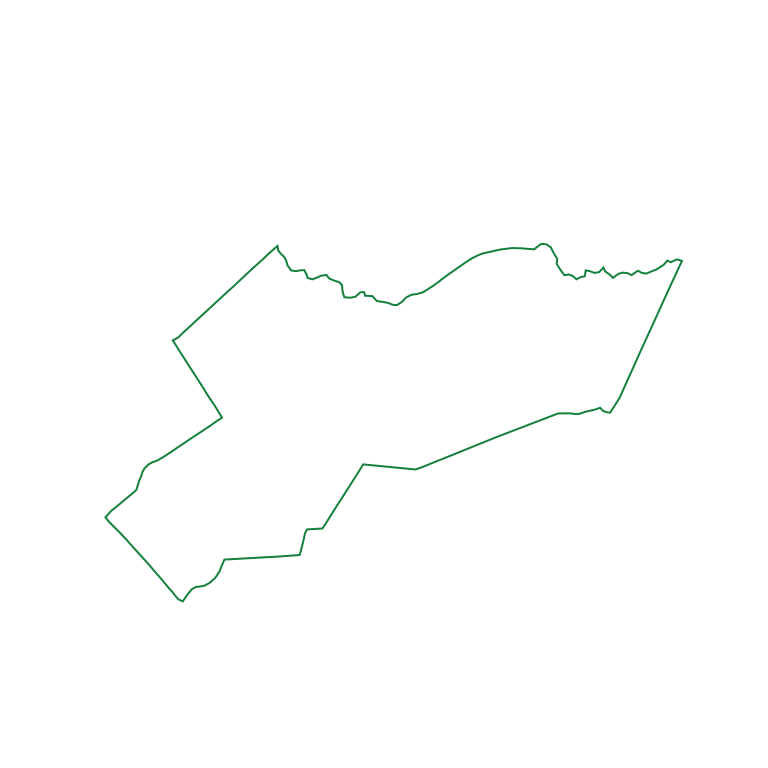 the district of Araruama, Rio de Janeiro, Brazil, rotated 45°
{"feature_id": "56859067B24676090780679", "entity_name": "Araruama", "entity_type": "district", "adm_level": 2, "iso_a3": "BRA", "parent_name": "Brazil", "parent_adm1": "Rio de Janeiro", "projection": "equal_earth", "projection_center": [-42.303, -22.745], "detail": "fine", "context": "isolated", "style": "outline", "palette": "green", "viewbox_px": 768, "rotation_deg": 45, "n_neighbors": 0, "source": "geoboundaries", "source_scale": "gbopen_adm2", "svg_char_len": 2835}
<svg xmlns="http://www.w3.org/2000/svg" viewBox="0 0 768 768"><g transform="rotate(45 384 384)"><path d="M564.2,244.3L560.4,227.2L555.4,214.1L553.6,209.4L548.8,196.6L541.7,178.1L538.0,168.0L535.5,161.4L531.0,149.2L526.5,137.2L522.9,127.7L518.8,116.6L516.1,109.4L514.1,103.9L511.9,97.9L510.0,92.8L507.7,86.3L503.0,88.8L500.7,95.0L497.1,96.5L497.5,102.2L495.6,110.5L493.3,115.7L491.5,120.3L487.7,123.1L483.4,124.4L482.0,132.0L478.0,133.3L473.9,136.6L471.8,140.5L470.9,147.0L466.4,147.0L460.8,148.0L456.9,146.6L457.0,152.8L454.3,156.6L449.5,158.8L446.3,161.0L449.8,165.8L447.3,169.7L446.1,173.8L440.9,174.2L437.4,175.8L434.6,179.5L431.0,179.0L426.1,178.1L421.1,176.9L418.1,173.0L413.0,171.8L409.6,170.9L405.3,169.4L400.1,170.4L396.1,173.7L394.9,182.7L391.8,185.3L388.9,187.8L386.1,190.1L378.6,197.1L371.5,206.2L368.5,210.8L365.8,215.2L363.5,218.7L361.1,222.7L359.3,227.0L357.4,232.7L355.6,240.9L354.3,248.4L352.9,256.1L351.8,262.5L350.9,268.8L350.2,274.3L349.3,279.9L347.9,286.4L346.6,291.9L343.6,297.2L340.3,301.5L338.5,307.1L338.6,313.2L337.3,319.2L334.2,321.8L329.5,323.8L326.1,326.1L320.2,330.4L313.6,330.1L308.2,335.0L305.1,333.1L302.4,335.8L302.1,342.5L299.2,346.8L294.6,350.7L290.6,348.7L287.7,346.6L284.4,343.7L280.2,343.7L275.3,346.3L270.7,348.1L266.2,347.6L262.8,352.1L261.2,356.7L259.2,360.8L254.9,363.0L251.1,361.0L247.0,359.9L244.1,363.2L242.0,366.5L238.1,369.3L232.0,368.4L227.3,365.8L223.4,364.7L218.6,364.8L214.8,364.4L211.1,361.7L210.6,369.0L210.2,375.2L210.2,380.7L209.9,385.8L209.3,397.1L208.9,409.4L208.8,414.0L208.6,420.7L208.2,426.3L208.0,432.3L207.7,439.0L207.0,457.0L206.4,470.8L205.9,485.1L205.6,490.8L205.6,496.9L203.8,502.5L218.9,505.9L228.5,508.0L259.0,514.6L265.4,516.2L275.7,518.3L280.1,519.1L287.7,521.0L293.3,522.3L291.4,531.3L290.8,535.7L286.0,559.1L285.0,564.5L284.0,569.6L282.9,574.9L281.7,581.7L279.7,591.2L277.9,598.2L275.5,603.3L274.3,607.6L274.3,612.9L275.5,617.2L277.6,621.1L279.2,625.4L281.3,629.3L283.8,634.1L283.4,640.1L281.5,660.5L280.8,667.0L281.3,675.2L286.7,675.9L291.2,675.9L295.8,675.9L300.6,675.9L304.1,675.9L307.8,676.1L311.6,676.1L315.2,676.4L319.2,676.6L323.5,676.9L328.5,677.1L334.6,677.4L339.4,677.6L343.1,677.8L347.7,678.1L352.5,678.6L357.2,678.9L363.7,679.3L369.4,679.8L375.7,680.4L381.4,680.7L387.0,681.4L390.8,681.7L395.4,680.0L393.9,671.6L393.2,665.1L394.5,660.5L397.4,656.9L399.7,653.4L401.3,648.0L401.8,640.3L400.2,632.8L397.9,627.6L395.3,621.0L431.6,580.4L445.3,564.5L439.6,554.7L436.2,549.3L433.8,545.6L432.4,541.2L437.8,535.2L442.6,529.7L441.7,524.9L436.7,503.2L435.4,496.8L428.1,463.9L426.1,455.6L455.0,431.8L466.8,422.1L468.6,418.1L470.5,414.2L474.7,404.0L480.9,389.6L501.5,341.0L527.9,281.8L532.4,277.1L536.4,273.1L540.9,269.7L543.4,266.7L546.0,261.3L550.9,253.6L553.7,247.9L557.6,248.2L561.2,246.7L564.2,244.3Z" fill="none" stroke="#15803d" stroke-width="2"/></g></svg>